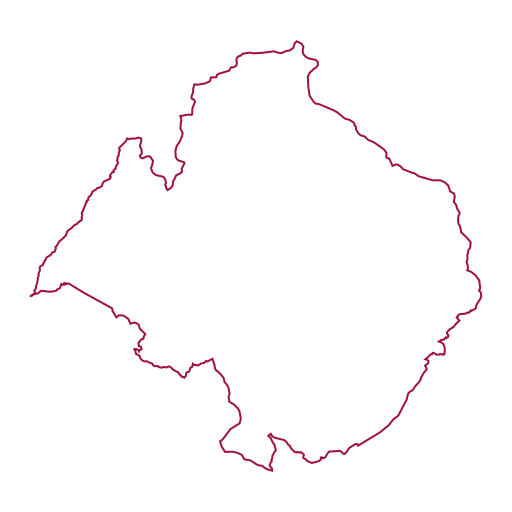 Siriu, Buzau, Romania (Equal Earth projection)
{"feature_id": "2599482B22282799784741", "entity_name": "Siriu", "entity_type": "district", "adm_level": 2, "iso_a3": "ROU", "parent_name": "Romania", "parent_adm1": "Buzau", "projection": "equal_earth", "projection_center": [26.23, 45.534], "detail": "fine", "context": "isolated", "style": "outline", "palette": "rose", "viewbox_px": 512, "rotation_deg": 0, "n_neighbors": 0, "source": "geoboundaries", "source_scale": "gbopen_adm2", "svg_char_len": 6001}
<svg xmlns="http://www.w3.org/2000/svg" viewBox="0 0 512 512"><path d="M444.6,353.0L444.8,348.0L443.4,344.1L441.6,342.6L438.9,341.5L441.3,339.9L443.8,339.7L444.2,338.8L445.7,338.5L445.9,337.3L446.8,337.8L448.0,337.1L448.5,335.5L447.1,333.7L447.0,332.5L447.7,331.4L449.6,329.4L453.9,326.7L455.4,324.4L459.4,320.6L456.7,317.6L457.4,317.0L457.3,316.5L458.0,316.4L458.6,314.7L459.9,314.1L465.3,313.7L467.9,312.4L468.4,312.8L470.3,311.6L470.0,311.5L470.7,310.3L472.0,310.5L475.2,308.8L475.9,307.7L476.5,304.7L480.3,298.9L481.3,296.0L480.6,292.1L479.1,290.8L480.2,288.0L479.2,280.4L475.5,275.3L470.9,271.7L467.2,270.3L468.0,268.2L467.5,264.7L466.5,262.1L467.5,259.1L467.3,254.7L468.0,253.1L468.3,250.3L470.1,247.8L470.7,242.3L467.5,238.4L461.0,232.0L460.8,229.4L459.8,226.0L458.4,223.5L458.1,218.6L458.5,215.9L459.6,213.7L459.5,212.5L457.1,208.5L456.0,204.6L453.7,201.9L454.8,196.6L454.0,193.6L450.2,191.4L448.1,185.3L444.5,182.2L440.6,180.4L432.7,180.3L418.6,176.2L414.2,173.1L411.6,172.6L403.1,169.2L400.6,166.5L397.6,164.5L395.6,164.5L392.5,165.9L389.3,158.6L387.2,158.0L386.2,156.9L386.5,153.0L384.2,149.6L374.6,142.7L367.7,139.6L364.7,136.5L361.0,135.4L359.5,134.4L358.2,133.0L356.0,129.2L355.8,126.4L354.5,125.1L354.5,123.7L353.0,122.1L349.5,119.9L344.9,118.6L337.5,112.5L333.5,110.2L319.2,104.2L315.7,103.6L313.9,102.2L309.6,95.7L308.3,86.7L307.8,76.7L309.6,72.9L313.8,68.9L316.2,67.5L317.9,65.1L317.9,62.1L315.7,59.9L308.6,58.4L306.0,57.0L303.8,54.7L303.0,53.1L302.7,50.3L303.4,46.8L301.6,43.7L296.7,41.3L294.8,43.1L293.3,47.9L289.6,50.5L286.6,50.9L281.4,53.1L277.2,52.5L274.1,51.3L261.9,52.9L253.1,53.3L250.0,52.6L242.7,53.7L240.8,55.6L238.3,56.4L236.9,57.9L236.3,60.3L236.9,62.4L236.8,64.2L235.8,66.2L233.4,67.3L231.1,67.3L229.0,70.7L218.6,73.8L217.0,74.8L216.3,77.3L211.0,77.4L209.9,81.3L204.7,83.6L196.5,84.8L195.0,84.2L194.3,84.5L193.1,89.4L193.1,92.2L191.5,96.5L191.6,98.5L194.2,99.8L195.0,101.9L192.4,108.2L192.2,114.1L191.5,115.0L188.9,114.5L180.3,116.0L181.5,120.4L181.0,121.4L180.4,128.5L182.6,132.9L182.2,135.5L179.8,141.6L176.6,146.1L175.4,151.0L175.8,157.2L177.0,159.2L178.5,160.5L184.0,162.2L184.5,163.2L181.7,168.7L182.0,170.9L181.7,172.1L179.9,173.6L176.1,175.3L174.9,178.3L173.2,181.0L172.6,185.7L170.7,188.0L167.5,190.1L166.3,188.3L165.8,185.7L165.1,184.8L166.0,183.0L165.1,179.1L163.8,177.3L162.6,176.6L155.8,175.1L153.0,172.8L152.1,171.3L151.0,167.9L152.1,165.4L153.0,160.8L150.4,157.0L149.6,156.3L146.9,156.3L143.4,158.1L142.0,158.3L140.4,157.2L139.9,155.6L141.9,153.3L141.5,149.6L140.1,146.4L140.0,145.4L141.4,140.6L141.1,138.4L138.8,137.6L135.4,138.5L130.5,138.6L129.2,139.3L127.2,138.4L125.9,141.2L119.3,147.8L119.2,149.3L120.0,150.3L118.8,152.4L118.8,155.2L117.5,157.2L117.6,158.9L116.9,160.4L118.2,162.8L115.6,167.0L115.8,168.4L113.7,170.0L113.4,170.8L113.8,172.0L112.1,172.4L110.0,175.6L110.0,176.7L110.7,177.0L110.1,178.7L103.9,181.5L102.7,183.2L102.0,185.9L99.3,187.7L96.9,188.3L95.7,189.8L92.9,191.2L90.6,195.6L88.7,197.0L88.2,198.6L88.4,199.8L86.7,200.7L86.7,202.2L85.9,202.8L85.5,204.7L83.6,208.7L83.8,209.4L82.8,210.3L82.9,211.1L81.7,212.8L82.2,215.1L81.6,217.5L81.9,218.8L81.3,220.6L80.2,220.8L79.5,221.8L77.7,222.7L77.0,223.9L74.2,225.3L71.2,228.4L68.2,230.3L67.2,231.5L66.1,235.2L61.7,239.6L59.6,241.0L56.5,246.2L55.5,246.8L55.8,248.6L54.6,251.8L52.2,252.4L50.8,254.9L46.4,257.6L46.0,259.2L44.5,260.7L44.5,262.1L43.1,263.6L43.1,264.8L40.4,266.3L39.7,267.5L39.9,270.6L38.4,273.9L38.8,275.4L37.9,277.3L37.4,282.3L36.0,286.2L36.0,287.6L35.2,289.7L34.3,290.6L35.3,293.0L30.7,295.9L30.7,296.0L32.0,295.7L34.0,294.2L37.9,293.4L41.0,290.8L50.2,291.8L56.1,290.8L57.5,289.2L59.8,288.3L61.4,284.0L62.8,284.9L64.1,283.3L64.8,284.4L65.8,283.2L66.5,284.1L68.5,283.4L84.1,292.9L112.2,308.4L112.6,311.6L113.3,312.0L116.4,317.4L118.9,315.3L123.4,315.5L128.2,318.8L130.4,323.7L134.6,322.5L137.8,323.9L138.8,325.0L139.7,328.5L145.3,334.1L143.9,336.3L143.3,338.8L141.7,339.1L139.3,341.7L138.4,343.5L138.9,346.2L140.9,346.7L141.6,349.1L139.6,350.3L139.1,351.3L138.5,350.0L135.5,348.9L134.3,349.3L135.4,350.8L135.9,353.8L139.7,355.9L139.9,357.6L141.9,360.1L144.1,361.3L147.1,361.3L149.6,362.8L152.3,363.6L152.9,365.0L154.4,366.1L158.2,366.2L158.8,367.1L161.6,367.7L163.6,366.9L166.5,367.5L168.8,366.4L170.7,367.1L173.1,369.7L178.7,372.7L179.3,374.4L181.0,375.5L181.5,376.7L183.4,377.0L184.2,377.7L185.8,376.0L186.4,372.6L189.1,371.6L190.3,368.0L192.3,366.7L192.8,363.8L194.3,364.8L198.1,365.4L201.2,363.5L204.1,362.9L206.1,360.9L207.4,361.5L212.4,358.8L214.3,364.3L215.1,368.6L216.4,370.7L217.8,371.3L218.8,372.8L220.0,373.5L223.7,378.1L224.6,382.1L226.5,384.2L228.4,387.4L229.6,393.6L228.6,396.7L229.3,401.7L233.8,404.4L237.9,408.4L239.4,411.0L240.6,417.2L240.6,420.1L239.5,423.4L230.3,429.2L222.7,439.4L220.0,441.3L221.9,447.0L225.1,451.9L232.3,451.7L236.4,452.5L241.8,454.8L244.1,459.0L245.1,459.5L250.4,460.4L256.6,464.4L258.4,465.3L261.8,465.7L266.3,468.9L272.1,470.7L272.1,468.7L270.0,466.2L269.8,464.8L270.8,462.4L271.7,461.5L271.5,460.0L272.3,458.2L272.3,456.2L274.1,452.6L275.7,450.7L275.7,449.2L274.9,447.3L274.5,444.7L273.0,442.9L270.6,438.0L268.3,435.9L269.2,434.8L270.8,433.8L272.1,436.2L274.9,437.8L284.4,440.1L287.1,442.7L288.2,444.7L289.8,445.7L291.2,448.6L294.8,452.0L296.4,452.6L297.4,451.9L299.7,452.7L300.7,452.1L301.9,452.7L303.9,454.7L303.3,456.7L303.4,458.0L306.2,459.6L307.1,460.9L311.9,463.0L319.3,461.0L320.8,459.5L320.9,457.5L322.0,457.3L323.0,458.3L324.7,457.6L325.6,456.9L327.3,453.7L329.3,451.5L340.0,451.0L341.4,451.6L343.1,453.7L344.7,453.9L346.8,451.7L349.0,448.2L353.3,445.3L355.5,444.1L357.2,444.0L357.8,444.4L358.1,445.6L379.8,432.5L388.8,425.1L393.2,419.5L398.3,415.6L406.6,399.7L408.1,393.8L409.9,391.7L412.5,390.4L415.0,386.5L419.2,381.9L420.9,378.9L420.9,377.8L423.7,373.0L426.8,369.2L425.1,365.6L428.3,363.1L428.4,361.0L427.1,359.7L425.4,359.2L428.3,356.8L430.3,354.5L432.0,354.3L432.6,352.8L433.9,353.0L436.5,354.7L439.0,354.7L439.9,354.0L443.5,354.7L444.0,354.5L443.5,353.9L444.6,353.0Z" fill="none" stroke="#9f1239" stroke-width="2"/></svg>